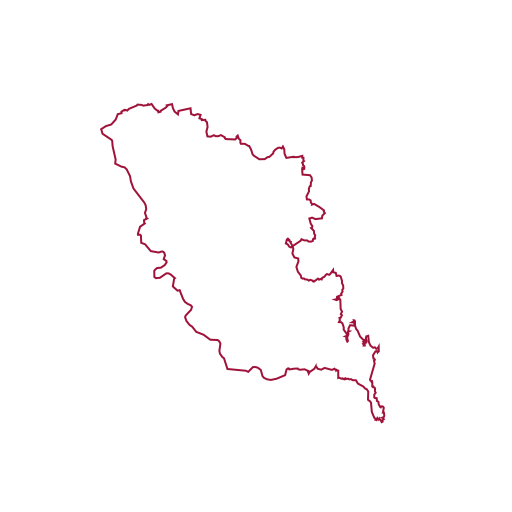 New Ross Lea-6, Wexford, Ireland (orthographic projection), rotated 306°
{"feature_id": "5873133B16930759140678", "entity_name": "New Ross Lea-6", "entity_type": "district", "adm_level": 2, "iso_a3": "IRL", "parent_name": "Ireland", "parent_adm1": "Wexford", "projection": "orthographic", "projection_center": [-6.826, 52.344], "detail": "fine", "context": "isolated", "style": "outline", "palette": "rose", "viewbox_px": 512, "rotation_deg": 306, "n_neighbors": 0, "source": "geoboundaries", "source_scale": "gbopen_adm2", "svg_char_len": 6129}
<svg xmlns="http://www.w3.org/2000/svg" viewBox="0 0 512 512"><g transform="rotate(306 256 256)"><path d="M157.7,317.8L164.3,318.8L165.9,320.9L166.7,323.2L166.6,326.9L162.7,331.8L162.1,334.2L162.8,337.5L164.4,340.8L168.7,344.7L176.7,349.6L182.2,347.4L184.0,348.0L184.3,349.0L183.2,350.0L183.8,349.7L187.2,353.0L189.5,355.9L189.2,356.6L189.8,358.4L192.9,361.9L193.7,365.7L193.3,365.4L192.7,366.5L192.0,366.2L192.6,366.9L191.9,367.8L193.7,367.6L199.1,369.5L201.8,369.2L201.3,369.6L201.8,370.5L201.0,372.1L202.4,375.6L205.8,377.3L208.5,384.4L210.9,385.7L210.6,386.5L211.1,387.3L210.4,388.2L211.2,388.4L211.6,389.9L205.7,394.2L206.4,394.7L206.9,397.2L207.9,397.9L207.7,398.9L209.3,400.0L208.6,400.4L210.9,402.6L211.0,403.9L212.3,405.5L212.3,407.1L214.2,409.9L212.7,413.4L213.5,419.6L212.9,422.1L213.3,424.0L212.3,426.5L205.8,430.9L205.3,431.8L205.6,433.0L205.0,435.2L198.0,441.3L195.8,444.8L194.6,447.0L194.5,448.6L193.7,448.9L194.0,449.5L194.7,448.8L194.4,449.6L196.2,449.4L195.9,450.2L196.3,450.7L195.9,451.1L196.5,451.2L196.1,451.5L196.6,451.7L196.5,452.9L195.5,455.4L196.4,455.8L197.3,454.7L199.1,455.3L199.7,454.1L199.4,453.2L200.6,454.0L202.0,453.8L204.2,451.9L204.9,450.7L204.4,450.5L208.3,448.6L208.8,447.5L208.5,446.4L207.7,445.5L207.7,445.8L206.9,445.9L206.9,445.4L207.5,445.5L207.1,444.7L208.2,442.4L210.0,440.7L209.8,439.0L211.9,437.2L211.0,435.7L211.1,434.8L213.5,433.1L215.7,433.2L216.5,431.7L218.8,430.2L219.2,429.3L218.7,428.0L219.4,427.5L218.9,426.7L222.2,424.3L222.0,423.8L223.0,423.2L222.4,422.0L223.0,420.9L238.8,415.2L240.6,413.0L241.9,413.2L242.4,411.9L242.1,411.3L244.4,409.0L249.1,408.7L250.0,409.6L249.5,410.8L250.4,410.5L250.7,410.9L250.3,411.2L251.0,411.4L254.8,408.5L253.1,408.7L251.6,407.9L252.0,405.8L250.6,404.7L250.8,401.3L252.7,397.9L257.4,393.7L255.8,392.5L254.1,393.2L251.7,395.7L250.2,395.5L249.6,394.7L247.5,396.6L247.0,395.9L248.1,395.8L248.2,395.0L248.6,395.5L249.1,394.9L249.5,394.6L250.0,394.6L249.0,394.3L248.6,394.9L248.0,394.6L247.5,393.6L248.2,394.6L249.3,394.2L250.3,394.1L250.4,395.2L251.0,394.6L250.4,393.5L251.2,393.5L251.5,394.0L250.6,393.6L251.4,395.5L252.4,394.4L251.3,392.0L252.0,387.6L255.3,382.1L255.8,380.0L257.9,377.0L261.3,374.5L261.8,373.7L261.5,373.0L261.0,373.7L258.8,372.7L259.8,374.3L257.7,377.0L255.3,372.8L251.8,373.4L249.4,374.9L249.8,375.6L248.6,375.0L247.2,376.7L243.5,377.7L241.3,380.3L239.4,380.1L240.9,380.1L241.5,378.2L243.8,376.6L243.5,375.6L244.7,376.4L246.3,375.3L248.0,370.2L249.8,369.0L252.3,365.5L252.5,363.8L251.3,362.0L253.4,361.6L255.0,359.9L255.9,360.8L258.6,360.3L258.8,358.8L261.6,358.3L262.9,355.6L270.0,350.1L271.0,347.5L270.2,347.0L269.8,347.6L270.3,347.7L270.4,348.0L269.9,348.0L270.2,349.4L269.6,348.1L267.7,347.2L267.2,345.5L268.6,346.7L270.7,345.5L274.8,348.1L275.6,347.0L278.0,347.0L279.3,345.7L281.1,345.7L283.4,343.8L284.7,341.3L286.1,340.6L289.1,336.7L289.2,335.5L288.8,334.4L287.2,332.9L289.3,330.4L288.2,328.1L290.0,326.6L284.7,326.6L283.7,326.2L283.2,324.1L282.0,323.6L279.3,323.5L277.3,322.4L275.6,322.9L275.2,321.5L273.9,320.9L274.1,319.4L269.3,317.9L269.0,317.0L269.4,316.5L268.6,313.8L267.1,313.2L267.1,311.3L265.9,309.4L266.0,307.9L265.2,307.2L264.9,305.6L266.6,303.6L267.9,299.1L270.9,295.1L276.6,293.5L278.8,291.6L277.4,287.9L279.4,284.0L283.6,282.1L285.5,279.8L294.7,283.2L296.3,282.9L297.0,285.9L298.7,288.3L298.6,290.0L299.8,291.9L301.5,293.1L303.2,292.2L304.2,292.5L304.6,293.4L304.2,294.2L305.9,292.4L307.6,291.7L308.1,290.1L310.4,288.0L311.0,284.2L312.0,284.7L313.3,284.0L314.3,281.3L317.7,277.1L320.0,278.8L320.8,282.4L325.2,287.2L327.7,285.9L331.2,286.5L331.7,284.8L332.8,284.3L332.9,278.6L332.3,272.4L330.6,271.2L331.1,271.0L331.4,269.1L333.1,267.5L333.0,265.9L331.7,263.9L333.9,261.8L339.4,260.9L341.5,259.2L344.1,258.5L344.8,259.1L347.8,257.2L350.1,256.8L352.3,254.7L353.1,252.1L349.2,245.8L352.1,243.3L353.4,243.1L353.4,242.2L354.7,241.7L355.0,243.7L355.8,243.3L357.0,242.2L357.2,240.5L358.0,240.0L358.6,238.5L360.9,239.0L360.8,238.4L363.3,236.7L362.7,235.6L364.2,234.6L360.4,231.5L357.9,228.1L358.2,227.9L353.2,222.9L355.5,219.0L359.0,216.1L360.4,213.4L358.1,213.6L357.7,211.6L356.5,210.3L353.1,209.0L350.5,208.9L349.2,209.6L344.1,208.6L342.9,207.3L339.5,206.1L336.2,201.8L335.9,195.5L336.2,193.6L339.2,189.5L341.0,185.8L340.6,185.3L340.2,181.1L337.9,177.8L338.5,176.7L340.5,175.4L340.8,173.1L342.7,170.4L341.1,170.1L339.9,171.0L338.0,170.6L332.9,162.9L332.9,161.7L333.7,161.0L333.2,156.6L330.6,154.9L329.2,152.8L329.0,151.0L325.9,149.2L324.2,146.4L327.5,142.7L331.9,141.0L335.4,137.7L335.6,135.8L336.4,134.9L334.1,132.3L334.9,131.7L334.1,129.3L337.6,128.2L336.5,125.3L333.6,123.4L332.7,120.1L337.0,116.2L327.8,108.0L324.7,109.6L325.0,105.2L326.7,102.0L329.5,98.8L325.5,95.3L325.2,96.1L322.7,95.7L317.6,93.6L316.6,94.0L314.9,92.6L316.0,91.5L315.6,91.1L315.8,87.3L317.6,82.1L315.6,80.9L315.5,79.5L314.6,79.7L311.5,76.6L310.9,74.5L308.8,71.1L307.6,71.1L300.4,66.7L298.0,66.4L297.5,64.6L296.7,64.3L296.8,63.6L293.7,62.3L292.5,63.3L289.5,60.8L283.9,62.3L277.3,61.6L272.8,58.2L267.6,56.2L264.7,60.0L265.1,71.0L264.5,72.1L260.6,75.4L251.6,85.7L248.0,87.8L249.2,94.6L250.5,97.6L250.1,100.4L246.6,107.1L242.8,111.0L238.6,117.2L233.5,134.4L232.2,136.9L229.3,139.7L225.6,140.8L222.9,144.7L222.1,144.9L222.2,145.8L219.2,144.3L217.2,146.0L217.0,146.9L211.5,145.0L204.5,147.4L203.8,148.2L205.1,149.6L204.9,150.9L199.2,155.4L200.3,159.4L198.1,168.0L201.6,175.2L204.5,177.3L204.9,178.7L204.5,180.1L203.1,182.0L199.2,183.2L199.3,186.5L198.3,187.4L195.0,187.5L190.6,185.9L188.1,183.0L185.5,182.4L184.2,182.4L179.3,186.1L179.2,188.0L181.8,191.0L189.3,193.7L190.5,195.3L190.9,197.8L190.4,203.3L189.8,203.0L182.5,206.6L181.8,212.9L183.5,214.3L178.6,221.9L177.1,225.4L177.1,228.9L177.8,232.2L177.3,234.1L174.3,235.1L166.5,234.1L164.8,234.6L162.6,237.8L161.2,242.7L161.3,246.0L159.5,252.2L161.5,259.9L161.4,268.2L165.5,274.4L165.3,276.6L164.2,278.7L157.6,282.2L155.8,284.3L154.5,288.0L154.4,290.3L147.8,299.3L157.3,315.4L157.7,317.8ZM285.5,279.8L283.5,279.3L283.1,277.5L284.1,274.7L283.7,272.8L287.4,271.3L288.8,271.6L288.6,273.3L287.8,273.3L287.9,275.7L287.4,275.6L285.5,279.8Z" fill="none" stroke="#9f1239" stroke-width="2"/></g></svg>